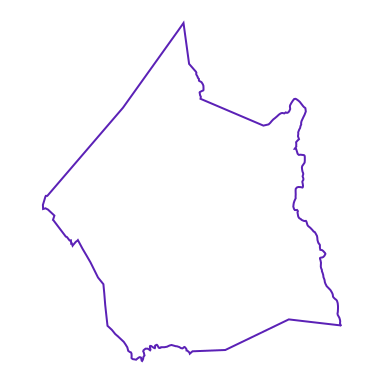 outline of Santo Domingo de Morelos, Oaxaca, Mexico
{"feature_id": "50627088B71726094382652", "entity_name": "Santo Domingo de Morelos", "entity_type": "district", "adm_level": 2, "iso_a3": "MEX", "parent_name": "Mexico", "parent_adm1": "Oaxaca", "projection": "equal_earth", "projection_center": [-96.614, 15.843], "detail": "fine", "context": "isolated", "style": "outline", "palette": "violet", "viewbox_px": 384, "rotation_deg": 0, "n_neighbors": 0, "source": "geoboundaries", "source_scale": "gbopen_adm2", "svg_char_len": 4266}
<svg xmlns="http://www.w3.org/2000/svg" viewBox="0 0 384 384"><path d="M305.4,108.2L304.9,107.7L304.1,107.2L303.0,106.0L302.0,104.7L300.9,103.3L299.9,102.0L298.5,100.7L296.4,99.2L295.5,98.8L294.2,99.0L292.9,100.6L291.4,102.9L290.1,105.3L289.9,106.5L290.2,109.0L289.4,110.9L288.4,112.3L287.0,112.9L286.3,112.6L285.7,112.4L285.2,112.8L284.3,113.4L283.4,113.2L282.6,113.0L281.4,113.1L280.2,113.7L278.8,114.7L277.1,116.3L275.0,118.1L273.3,119.4L271.5,121.3L270.3,122.8L268.6,124.4L263.4,125.6L200.5,98.8L200.7,97.9L200.8,96.6L200.1,95.3L199.8,93.5L199.6,92.6L199.8,92.1L200.7,91.6L202.5,90.7L203.3,90.4L203.5,89.8L203.5,88.0L203.4,85.8L203.0,84.7L202.5,83.7L201.5,82.2L200.4,81.5L199.5,81.1L199.0,80.7L198.9,80.1L198.9,78.9L197.8,77.7L197.6,76.7L196.3,74.5L196.2,73.7L196.4,72.8L195.9,71.7L189.1,63.9L183.5,23.0L178.3,30.4L171.7,39.6L123.0,107.7L47.3,195.9L45.8,195.9L45.4,196.7L42.9,204.9L43.1,209.0L45.5,208.3L48.0,209.6L54.4,215.6L53.0,219.9L53.3,220.1L65.8,236.6L67.0,237.1L69.6,240.5L70.9,240.3L71.2,243.6L71.8,243.4L72.6,245.7L73.2,244.9L74.5,243.4L75.3,242.4L76.2,241.5L77.3,240.8L77.9,240.1L82.5,248.7L86.8,256.0L90.5,262.4L98.0,277.5L103.4,284.2L104.3,293.7L105.2,304.9L106.4,315.9L107.5,325.8L111.9,329.9L115.2,334.0L118.4,336.8L123.8,341.9L125.9,345.0L126.1,345.4L127.3,347.3L127.9,349.6L128.2,350.8L129.8,352.0L130.7,352.3L130.8,352.3L131.2,352.9L131.5,353.6L131.6,355.4L131.6,356.6L131.5,357.7L131.5,358.0L131.8,358.3L132.4,358.9L133.1,359.2L134.1,359.3L136.1,359.7L137.6,358.4L139.4,357.2L140.4,357.3L141.0,357.6L141.7,360.7L142.1,361.0L142.7,360.0L143.1,359.0L143.4,357.1L143.9,356.2L144.5,355.5L143.8,352.5L143.2,351.3L143.6,350.2L145.5,348.7L147.7,348.7L148.8,349.3L150.1,350.3L150.5,349.7L150.0,347.8L149.9,346.4L150.2,345.9L151.1,346.0L152.7,347.1L154.2,348.0L154.8,348.2L155.0,347.9L155.1,346.6L155.1,345.7L155.6,345.3L156.8,344.8L157.3,345.2L158.0,346.4L158.7,347.7L159.5,348.0L160.4,347.8L160.4,347.5L161.1,347.2L164.4,347.2L167.1,346.7L168.7,345.9L169.9,345.4L170.8,345.2L171.5,345.0L173.3,345.5L174.7,345.9L175.7,346.2L177.0,346.3L179.4,347.1L180.9,348.1L182.4,348.4L183.1,348.0L183.9,347.2L184.6,347.0L185.3,347.6L186.4,349.1L186.5,350.5L187.4,350.7L188.7,351.9L189.4,352.4L189.8,353.7L192.5,351.3L225.3,350.0L288.8,319.4L305.0,321.3L340.5,325.4L341.1,326.1L340.0,323.4L340.2,321.3L340.0,320.0L339.4,317.9L337.7,314.8L337.5,313.3L337.8,312.2L338.0,308.6L338.0,306.1L337.7,303.2L337.1,301.2L336.8,300.5L336.1,299.7L334.9,298.8L333.4,297.3L333.0,296.5L332.8,294.8L332.4,293.5L331.5,291.8L330.4,290.0L326.6,286.1L326.1,285.0L325.6,284.1L324.9,282.3L324.5,279.9L324.2,279.0L323.5,277.3L323.3,275.9L323.2,274.9L322.9,274.0L322.7,273.2L322.3,272.2L321.9,271.1L321.9,270.0L321.1,268.1L320.8,266.7L320.9,264.0L321.0,262.8L320.5,260.3L320.0,258.8L320.0,258.4L320.0,258.1L320.4,257.8L321.0,257.6L322.4,257.4L323.4,256.9L324.4,255.8L325.3,254.2L325.4,253.8L325.0,253.0L323.3,251.1L322.2,250.2L320.7,249.9L320.3,249.8L320.2,249.2L319.9,247.6L319.9,245.3L319.7,244.5L319.1,244.0L318.8,243.3L318.4,243.0L318.1,242.2L317.5,240.1L317.3,237.7L317.0,236.0L316.2,234.5L315.5,233.2L314.6,231.9L313.7,231.6L312.4,230.0L310.3,227.8L308.1,226.0L307.4,224.9L306.7,222.5L306.3,221.4L305.9,220.9L304.4,221.0L303.6,220.8L301.6,219.9L300.6,218.9L299.7,218.5L299.1,218.0L298.3,216.7L298.1,215.9L297.5,212.5L297.9,211.2L297.6,210.6L297.0,209.9L296.2,210.1L294.8,210.0L294.0,208.9L293.3,206.6L293.4,205.8L293.5,204.7L293.8,202.9L294.5,200.8L295.2,199.3L295.7,198.2L295.6,197.4L295.6,196.0L295.7,194.8L295.6,190.5L295.7,189.0L296.5,187.9L297.2,187.3L298.5,187.0L300.5,187.1L301.8,187.4L302.5,187.5L302.9,186.9L303.0,185.6L302.7,183.6L302.3,181.9L302.7,180.8L303.3,179.9L303.4,179.1L303.3,178.2L303.0,177.5L302.6,176.3L303.2,174.4L303.2,173.3L302.5,171.6L302.1,169.5L301.9,167.4L302.2,166.1L303.8,163.8L304.6,162.6L304.8,160.7L304.8,157.2L304.7,156.2L304.5,155.6L303.9,155.1L302.2,154.9L300.5,154.7L298.9,154.9L298.2,154.4L297.6,153.7L297.0,151.7L296.1,148.9L294.7,148.8L296.3,146.6L296.2,145.4L296.3,144.4L296.1,142.2L297.5,140.6L299.0,139.2L298.0,136.3L298.1,135.1L298.3,134.1L298.2,132.3L299.2,129.6L300.1,128.0L300.5,126.0L301.2,124.5L301.1,123.1L301.5,121.2L302.2,119.7L303.5,116.9L304.6,114.7L305.8,111.5L305.4,108.2Z" fill="none" stroke="#5b21b6" stroke-width="2"/></svg>